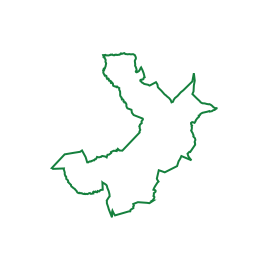 outline of Chenalhó, Chiapas, Mexico, rotated 327°
{"feature_id": "50627088B91790774450197", "entity_name": "Chenalhó", "entity_type": "district", "adm_level": 2, "iso_a3": "MEX", "parent_name": "Mexico", "parent_adm1": "Chiapas", "projection": "natural_earth1", "projection_center": [-92.559, 16.972], "detail": "fine", "context": "isolated", "style": "outline", "palette": "green", "viewbox_px": 256, "rotation_deg": 327, "n_neighbors": 0, "source": "geoboundaries", "source_scale": "gbopen_adm2", "svg_char_len": 5811}
<svg xmlns="http://www.w3.org/2000/svg" viewBox="0 0 256 256"><g transform="rotate(327 128 128)"><path d="M213.1,117.9L207.3,124.0L194.9,126.5L191.7,126.8L187.1,128.1L183.5,128.5L181.5,129.4L180.0,130.5L178.5,130.2L179.0,127.8L178.8,125.5L177.8,122.4L177.6,121.3L177.0,119.8L176.3,114.9L175.7,112.3L175.3,110.3L175.4,109.7L176.1,108.3L176.4,107.4L176.4,104.8L169.3,104.2L169.1,104.1L168.5,102.8L166.0,100.3L165.4,99.5L165.2,98.8L164.4,97.2L164.3,95.9L164.0,95.2L164.4,94.6L164.8,94.5L165.6,94.7L166.5,95.3L166.8,95.4L167.7,95.3L168.0,94.8L168.7,94.5L169.0,94.3L169.6,94.5L170.9,90.7L171.6,87.6L172.0,84.3L171.4,84.5L171.2,85.1L170.4,85.1L169.6,85.6L168.2,86.2L166.6,86.2L165.6,86.0L165.3,85.6L165.2,85.3L165.4,84.7L166.2,84.4L166.5,84.5L167.2,83.2L167.4,82.3L167.6,81.8L167.8,80.6L167.8,79.8L168.0,79.4L168.7,78.6L170.1,75.7L170.6,75.1L172.3,74.2L172.8,73.5L173.2,72.3L173.4,70.5L173.1,70.2L172.8,69.2L172.2,68.7L170.5,67.8L169.3,66.7L168.4,66.3L167.8,66.0L167.2,65.4L166.1,64.6L165.9,64.2L165.8,63.3L165.5,63.1L163.7,62.6L163.2,62.5L163.1,62.0L162.8,61.6L162.5,61.5L161.5,61.9L160.9,62.0L160.5,61.6L159.2,61.2L158.7,60.7L158.4,60.6L158.2,60.5L157.9,59.9L157.3,59.8L157.1,59.6L156.7,59.7L156.3,59.6L156.2,59.3L155.5,59.1L155.1,58.7L154.7,57.7L154.3,57.7L154.0,57.6L153.4,57.0L152.9,57.1L152.7,56.9L152.3,56.9L151.1,56.5L149.4,55.3L149.0,54.5L148.5,54.5L148.4,54.2L147.8,53.9L147.6,54.0L147.3,53.8L147.0,53.4L146.8,53.3L146.7,53.7L146.8,54.5L146.2,55.1L146.4,55.3L146.9,55.5L146.9,55.8L146.8,56.2L146.3,56.8L146.5,57.9L146.4,58.3L146.3,58.8L145.8,59.4L145.1,60.3L145.0,61.4L144.8,61.7L144.8,62.0L142.9,63.9L142.6,64.3L141.9,64.6L141.2,65.3L140.8,65.4L140.4,65.0L140.1,65.0L139.9,66.1L139.6,66.4L139.4,66.4L138.9,65.9L138.5,66.1L138.2,67.3L137.7,67.7L137.4,68.2L137.2,69.5L137.2,70.7L137.1,71.2L137.0,71.3L137.0,71.5L137.7,71.7L137.9,72.2L138.2,72.5L138.1,72.9L137.7,73.7L137.5,73.9L137.4,74.5L137.5,74.7L137.3,75.5L137.9,75.7L138.3,75.7L138.5,76.0L138.5,76.6L137.9,77.5L137.9,78.0L138.0,78.3L138.5,78.4L138.8,78.7L139.1,79.3L139.1,79.6L139.1,80.0L138.3,80.5L138.2,81.0L138.3,81.2L138.8,81.3L139.1,80.8L139.3,80.8L139.5,81.9L139.5,82.6L138.6,84.4L138.8,84.8L139.4,85.8L140.2,86.4L140.5,87.3L141.2,87.1L141.4,87.2L141.4,87.9L142.1,89.1L142.4,89.8L142.0,90.2L141.4,91.4L141.3,92.9L140.2,94.9L139.4,96.0L139.0,97.1L139.0,98.1L139.2,98.7L139.2,99.1L138.7,99.8L138.5,100.5L139.0,100.5L139.2,100.9L139.4,101.9L139.3,102.7L138.8,103.0L138.7,103.5L139.0,104.1L138.9,104.6L139.7,105.0L139.6,107.1L139.5,107.4L138.9,108.2L138.5,108.9L138.2,110.4L138.3,111.3L140.8,114.6L139.6,117.3L139.8,120.2L145.4,128.0L145.4,128.6L145.1,129.0L143.0,129.8L142.5,130.4L142.3,131.2L142.2,131.4L140.3,131.6L139.9,131.7L139.8,131.9L139.3,132.2L139.0,132.5L138.4,132.7L138.4,133.6L137.9,134.1L137.6,134.8L137.3,136.2L137.1,136.4L135.8,137.1L135.5,137.4L135.3,138.1L110.9,143.9L108.7,142.3L108.1,140.0L107.6,140.3L107.6,140.8L107.2,141.0L106.5,140.2L105.8,141.1L103.7,139.3L100.6,138.9L100.2,139.8L97.6,140.0L96.2,139.3L94.1,141.0L93.5,139.6L91.1,137.4L90.4,137.4L90.0,137.6L89.6,137.3L89.2,137.3L87.9,136.9L87.1,136.3L86.3,135.4L85.6,135.9L84.0,136.6L83.2,136.2L82.1,136.7L81.6,136.2L80.2,136.1L79.3,135.7L78.6,135.9L77.5,135.1L75.7,135.1L75.3,134.6L75.1,134.5L76.6,129.4L77.2,121.8L74.9,121.9L69.3,119.4L60.5,115.6L42.2,120.1L42.7,120.8L42.8,121.4L52.2,127.0L51.6,127.6L51.4,128.6L50.7,130.9L50.0,131.9L49.7,132.5L49.3,134.4L49.6,134.8L49.6,135.2L48.5,137.1L49.1,139.0L48.8,140.3L48.3,140.7L49.2,144.7L48.9,145.1L48.7,146.2L49.2,147.3L49.5,148.7L50.2,150.0L50.1,150.4L50.6,152.8L50.4,153.3L50.5,154.7L51.1,155.5L51.6,155.8L52.2,156.0L52.4,156.4L52.2,156.5L53.2,157.2L53.3,157.4L53.7,157.5L54.4,158.7L55.4,159.6L55.8,159.8L56.0,159.7L56.1,160.0L56.5,160.4L57.1,160.5L57.9,161.3L58.4,161.4L59.0,161.5L59.4,161.4L59.8,161.6L60.6,161.8L61.0,163.0L63.2,164.0L63.7,162.9L64.3,163.1L64.5,162.9L64.9,163.5L65.5,163.6L65.9,163.5L66.0,164.0L66.4,164.5L66.8,164.8L67.0,164.7L67.3,165.0L68.2,164.3L69.2,165.5L69.5,165.5L70.5,165.1L70.9,165.2L71.2,165.1L72.1,165.4L72.4,165.7L73.2,166.0L76.9,159.7L77.1,160.4L77.5,160.9L78.1,162.2L78.8,163.9L78.7,165.3L78.1,166.8L77.4,170.5L76.4,173.4L75.3,175.4L74.3,175.6L70.6,177.3L70.4,177.9L69.3,179.6L68.4,183.2L67.6,185.8L65.9,194.2L66.6,193.1L67.1,192.6L67.9,191.2L68.9,189.8L69.9,188.9L69.5,192.0L69.5,194.2L83.3,198.4L84.5,199.1L85.6,198.0L88.9,198.1L89.6,196.7L90.6,196.4L91.0,194.6L95.9,195.6L103.3,201.2L105.0,202.7L109.9,202.7L109.1,202.1L109.5,202.1L110.4,201.6L111.3,201.3L112.2,200.7L112.6,200.1L112.6,199.4L112.3,198.9L113.6,197.7L114.2,196.7L116.2,196.5L116.9,195.9L117.0,195.5L116.9,194.9L115.7,193.6L117.0,192.7L118.8,191.7L123.0,189.8L124.4,189.6L124.4,187.4L124.6,186.2L130.8,180.2L132.2,181.9L134.7,185.2L148.4,186.7L152.4,183.4L152.7,183.3L155.2,182.1L157.5,180.6L163.6,189.6L163.2,186.0L163.2,184.6L163.9,182.0L166.5,181.4L167.1,182.0L175.2,178.6L175.5,177.8L175.8,177.6L176.0,177.2L176.2,176.7L176.2,176.1L177.0,175.4L177.7,175.0L178.1,174.5L178.5,173.3L178.5,172.2L178.2,171.3L178.2,170.7L178.4,170.6L178.7,170.0L179.0,169.8L179.3,167.9L179.5,167.3L179.4,166.2L179.7,165.3L179.5,164.9L179.5,164.6L179.9,164.3L180.7,163.8L181.8,162.5L182.2,161.3L183.0,161.0L183.1,160.9L182.9,160.0L182.9,159.5L183.4,158.9L183.4,158.4L183.6,158.1L185.0,158.0L185.6,158.5L186.2,159.4L186.6,159.9L188.2,159.2L188.6,158.8L189.0,158.5L191.3,157.6L193.7,157.2L194.1,156.1L195.2,156.4L196.3,155.7L198.7,155.8L203.3,157.5L205.4,158.1L205.4,158.7L207.6,159.6L209.2,159.5L210.4,160.0L212.9,159.8L213.8,160.0L211.9,158.8L211.7,158.5L211.0,157.1L210.7,155.5L210.5,154.7L209.9,153.3L209.3,152.5L209.1,152.2L208.6,152.1L207.2,150.8L205.7,149.1L204.1,148.0L203.4,147.0L202.9,145.9L202.8,144.5L201.9,141.0L200.5,134.6L202.9,133.0L206.4,128.2L209.8,124.6L213.1,117.9Z" fill="none" stroke="#15803d" stroke-width="2"/></g></svg>